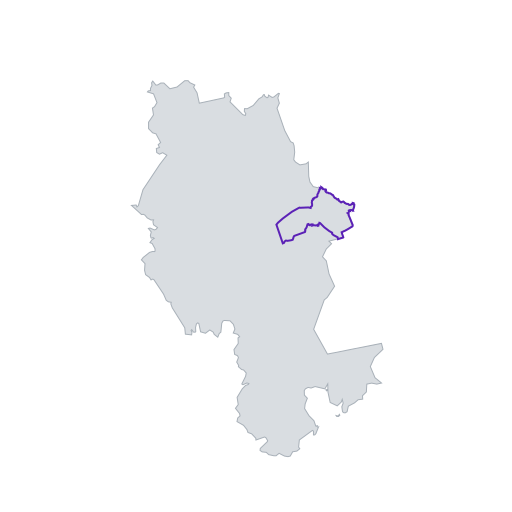 Kazakhstan, with South Kazakhstan highlighted, rotated 250°
{"feature_id": "KAZ-3251", "entity_name": "South Kazakhstan", "entity_type": "Region", "adm_level": 1, "iso_a3": "KAZ", "parent_name": "Kazakhstan", "parent_adm1": "", "projection": "albers", "projection_center": [68.818, 43.271], "detail": "fine", "context": "in_parent", "style": "outline", "palette": "violet", "viewbox_px": 512, "rotation_deg": 250, "n_neighbors": 0, "source": "natural_earth", "source_scale": "10m", "svg_char_len": 7725}
<svg xmlns="http://www.w3.org/2000/svg" viewBox="0 0 512 512"><g transform="rotate(250 256 256)"><path d="M298.4,340.9L295.8,342.1L294.4,344.1L292.5,343.5L289.0,347.5L278.5,353.5L272.1,361.7L272.0,365.5L270.2,365.5L266.0,362.7L266.8,359.4L264.8,356.9L251.0,356.9L249.0,344.6L243.6,344.3L245.0,329.6L241.7,331.2L238.6,324.5L232.5,318.2L227.4,320.4L214.1,318.5L200.7,319.5L192.7,308.7L191.4,305.1L167.4,285.1L139.4,289.6L131.0,344.0L124.9,343.4L120.1,332.5L113.0,325.6L100.9,326.2L93.7,330.5L94.3,325.7L97.0,321.2L97.7,316.3L90.5,313.2L88.3,308.3L85.0,307.3L86.0,302.8L84.3,298.4L83.3,291.4L78.5,288.3L78.1,286.1L79.0,284.5L80.3,284.1L85.0,285.1L87.9,287.6L91.8,288.0L89.6,286.2L87.4,281.1L93.0,275.6L103.6,277.1L111.3,279.7L107.6,275.3L113.1,266.9L113.1,262.6L114.7,260.0L114.3,257.0L113.0,255.3L108.7,253.9L104.8,255.6L100.2,251.6L96.0,249.5L87.7,251.2L81.4,254.1L75.8,254.0L75.5,255.6L74.9,255.0L73.9,255.6L74.0,256.3L68.6,251.5L67.8,250.0L68.2,248.8L71.8,250.1L72.8,249.3L68.3,233.8L61.9,230.7L59.9,231.2L58.7,227.7L59.5,223.5L56.3,219.8L56.5,217.4L58.3,214.3L62.7,210.2L61.4,206.5L62.1,204.6L65.0,200.0L68.0,198.5L69.8,194.8L71.9,193.3L73.7,194.2L77.7,203.2L78.5,203.8L82.0,203.1L83.0,202.1L83.1,193.0L84.8,193.5L90.4,191.1L92.9,188.1L96.0,188.1L101.1,186.4L106.9,181.5L110.0,183.4L111.2,186.3L113.6,186.7L119.9,184.6L122.5,188.5L129.6,189.9L135.9,197.7L137.9,201.9L137.9,204.9L138.6,205.7L139.8,204.0L139.5,199.7L140.6,198.9L146.5,205.1L149.4,206.8L153.1,205.4L154.3,203.6L158.0,201.6L159.1,202.3L162.9,201.6L166.6,204.8L168.7,204.5L170.8,202.3L175.6,203.3L179.9,209.4L185.2,211.1L185.7,213.0L188.6,212.0L191.4,208.3L194.6,211.2L199.5,211.4L204.0,209.4L206.3,204.1L206.2,202.7L204.5,200.8L196.4,196.9L195.8,195.0L192.8,192.3L196.7,189.9L199.0,189.8L202.3,187.3L200.7,182.1L203.7,178.0L212.1,179.2L213.1,178.4L212.6,176.8L209.6,174.8L205.5,173.5L205.2,172.8L205.9,171.2L208.8,170.4L208.3,169.5L206.2,169.7L203.9,168.5L206.7,162.9L212.9,164.5L235.9,159.6L240.1,159.6L241.5,160.5L242.9,158.0L245.1,156.5L251.8,156.1L268.9,151.9L269.7,150.8L269.4,149.2L272.2,148.6L276.2,145.9L280.7,146.4L286.8,149.1L291.6,147.0L293.2,149.5L295.8,157.2L295.6,160.6L294.8,162.2L295.1,162.8L297.3,163.6L303.3,162.7L304.8,160.9L306.8,163.7L307.4,166.4L308.6,165.5L308.4,164.2L308.9,163.5L311.5,163.8L314.4,165.8L318.7,164.3L318.5,166.0L315.3,169.4L315.2,171.0L316.4,173.2L320.4,170.4L323.6,170.9L325.0,172.1L325.7,169.7L329.0,166.8L332.4,165.6L333.7,164.4L334.1,162.6L346.1,156.3L344.9,160.8L342.8,160.9L343.6,162.7L357.0,172.5L374.9,196.8L381.2,206.7L385.0,203.6L384.7,200.1L387.2,198.1L391.1,199.1L391.0,202.4L394.0,202.1L395.3,205.2L405.0,203.8L407.1,201.0L412.4,198.6L418.5,200.8L423.6,207.9L430.4,209.3L431.0,211.7L434.0,215.4L443.4,215.2L447.3,210.1L448.0,211.2L447.5,213.4L449.5,214.1L451.9,216.6L454.4,217.1L455.7,218.8L450.8,220.4L450.4,222.2L451.1,225.8L450.0,228.6L442.6,232.3L441.8,239.6L445.1,249.0L443.9,252.2L441.5,253.1L437.6,257.0L436.0,255.1L429.5,256.4L419.0,255.0L415.6,279.7L415.9,280.8L419.1,281.7L419.5,283.6L418.9,286.3L416.0,285.3L412.8,286.7L409.7,284.3L393.4,291.9L391.7,294.0L393.2,295.1L395.9,294.5L398.4,295.6L397.4,298.2L398.4,304.9L402.7,312.4L403.4,316.1L405.0,318.2L404.7,319.1L403.2,318.9L400.9,320.5L401.0,321.6L402.9,322.8L399.5,325.4L399.3,327.1L401.2,332.7L400.7,333.5L397.1,330.6L391.6,330.2L387.7,326.3L364.1,325.9L351.6,327.6L349.5,329.6L346.6,329.5L340.4,327.9L333.5,324.4L330.7,325.3L326.6,328.4L325.5,334.6L326.4,337.3L312.8,332.8L307.1,332.0L301.6,333.5L297.7,339.5L298.4,340.9ZM78.7,280.2L77.7,280.3L77.0,278.6L77.6,277.0L78.7,276.7L77.5,278.5L78.7,280.2ZM106.2,277.5L105.4,277.1L105.1,276.3L106.3,275.9L106.2,277.5Z" fill="#d9dde1" stroke="#a8b0b8" stroke-width="1"/><path d="M297.7,339.5L297.4,339.8L297.3,340.0L297.4,340.3L297.8,340.7L298.0,340.8L298.4,340.9L298.0,341.2L297.6,341.5L297.4,341.6L297.2,341.7L297.0,341.8L296.8,341.8L296.5,341.7L296.3,341.7L296.2,341.7L295.9,341.8L295.8,342.1L295.7,342.3L295.5,342.6L295.4,342.8L295.2,343.0L295.1,343.3L295.0,343.5L294.9,343.8L294.8,344.0L294.7,344.3L294.4,344.4L294.2,344.4L293.9,344.3L293.8,344.2L293.7,344.2L293.6,343.9L293.5,343.7L293.4,343.6L293.2,343.4L292.4,343.6L291.9,343.8L291.7,344.0L291.4,344.2L291.3,344.5L291.2,344.8L291.1,345.0L290.9,345.3L290.7,345.4L290.5,345.5L290.4,345.6L290.2,345.7L289.8,346.4L289.5,347.1L289.3,347.2L289.2,347.4L288.7,347.7L288.3,348.1L288.0,348.2L287.7,348.3L287.5,348.5L287.4,348.6L287.2,348.9L287.0,349.1L286.8,349.2L286.5,349.3L285.9,349.3L285.3,349.4L284.6,349.6L283.8,349.8L283.7,349.9L283.6,350.0L283.3,350.3L282.7,350.8L282.2,351.3L281.8,351.4L281.5,351.5L281.4,351.6L281.2,351.7L281.2,351.9L281.1,352.1L281.2,352.4L281.3,352.6L281.3,352.8L281.2,352.8L280.9,352.8L280.5,352.7L280.4,352.7L280.2,352.9L279.9,353.0L279.6,353.0L279.4,352.9L279.3,353.0L279.0,353.2L278.6,353.4L278.5,353.5L278.4,353.6L278.3,353.8L278.2,353.9L277.9,353.9L277.6,354.1L277.3,354.2L277.2,354.3L277.2,354.5L277.3,354.6L277.4,354.8L277.4,355.0L277.4,355.9L277.3,356.6L277.2,356.6L277.1,356.8L276.8,357.1L276.6,357.2L276.4,357.3L276.2,357.4L275.7,357.5L275.4,357.6L275.2,358.0L274.7,358.4L274.3,358.6L274.1,358.7L274.0,358.9L273.8,359.5L273.6,360.1L273.4,360.2L273.3,360.4L273.0,360.5L272.9,360.6L272.6,360.7L272.5,360.8L272.3,360.9L272.3,361.1L272.2,361.3L272.2,361.2L272.0,361.3L272.0,361.5L272.0,361.8L271.9,362.0L271.7,362.3L271.8,363.0L271.9,363.6L271.9,363.9L272.0,363.9L272.0,364.0L272.3,364.1L272.4,364.3L272.4,364.5L272.5,364.6L272.6,364.8L272.5,365.2L272.3,365.4L272.4,365.5L272.5,365.5L272.3,365.8L272.2,365.9L271.9,365.8L271.7,365.7L271.4,365.6L271.2,365.6L271.2,365.8L270.9,365.9L270.8,366.0L270.7,366.0L269.4,365.4L268.5,364.9L268.1,364.6L267.7,364.3L267.3,364.0L266.8,363.5L266.3,363.0L266.1,362.9L265.9,362.8L265.7,362.7L265.4,362.7L265.5,362.5L265.5,362.4L265.9,362.3L266.0,362.2L266.3,361.9L266.4,361.7L266.5,361.5L266.6,361.3L266.7,361.1L266.8,360.9L266.8,360.6L266.9,360.3L266.9,360.1L266.9,359.9L266.8,359.7L266.7,359.7L266.8,359.6L267.0,359.4L266.9,359.3L266.9,359.2L266.9,358.8L266.7,358.8L266.5,359.0L266.4,359.1L266.2,359.0L265.9,359.2L265.8,358.9L265.7,358.6L265.7,358.4L265.6,358.2L265.3,357.8L265.1,357.4L265.0,357.2L264.9,357.0L264.9,356.8L264.7,356.9L264.6,357.0L264.2,357.2L263.9,357.4L263.7,357.5L263.6,357.4L263.2,357.2L262.9,357.1L262.7,357.0L261.3,357.1L259.8,357.2L258.9,357.2L257.5,357.3L256.3,357.3L254.6,357.4L253.5,357.4L252.2,357.5L251.7,357.3L251.3,357.2L251.0,356.9L250.8,356.6L250.4,354.4L249.9,352.1L249.6,350.3L249.3,348.4L249.2,346.5L249.0,344.6L248.9,344.6L248.7,344.6L247.4,344.5L246.2,344.5L245.0,344.5L243.6,344.4L243.5,344.2L243.7,341.3L243.8,338.8L244.8,339.0L245.7,339.1L249.2,335.9L250.9,335.1L251.9,335.5L254.3,333.4L259.6,330.0L265.0,327.5L265.5,326.9L265.2,326.7L264.5,326.1L264.4,325.0L264.0,325.0L264.0,324.5L263.6,324.6L263.3,325.9L263.1,324.4L264.1,323.5L264.4,322.2L265.2,320.8L265.3,319.3L266.4,319.9L266.8,318.8L266.7,317.7L266.4,317.2L267.2,316.3L268.1,316.3L268.2,315.3L265.7,313.4L264.6,312.1L264.5,311.7L263.9,311.2L263.3,310.9L262.8,311.0L261.8,310.2L261.8,298.8L261.0,297.8L259.7,296.9L258.7,296.0L258.8,294.3L259.5,290.7L260.3,289.4L259.9,287.9L258.8,286.9L258.7,285.5L278.5,285.9L279.8,288.1L282.1,294.1L285.3,304.9L286.5,312.3L286.6,313.4L286.2,314.0L283.7,321.9L282.8,323.2L282.5,323.7L283.1,323.9L283.5,324.3L283.5,324.9L284.1,325.9L284.6,326.1L285.7,326.5L286.6,326.6L287.2,326.7L287.9,327.2L288.8,327.5L289.1,328.4L289.4,328.8L289.9,328.7L290.2,329.1L289.9,329.6L290.5,330.0L290.4,330.4L290.7,331.0L290.6,332.1L290.7,333.4L291.3,334.2L292.1,334.4L292.6,334.6L293.3,335.3L293.8,335.9L294.1,336.4L294.7,336.6L295.8,337.9L296.7,338.2L296.7,338.6L297.0,338.8L297.0,339.0L297.6,339.5L297.7,339.5Z" fill="none" stroke="#5b21b6" stroke-width="2"/></g></svg>